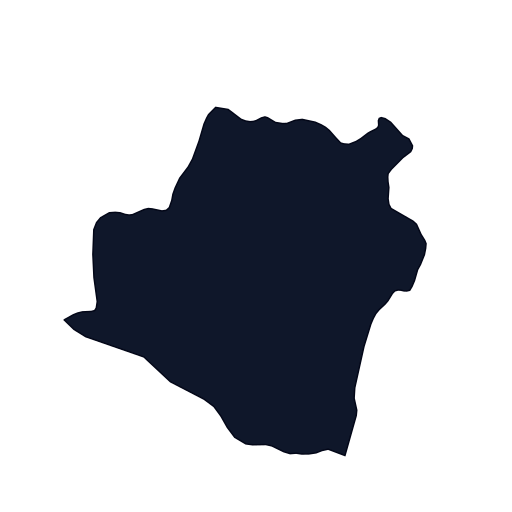 Teleorman, Albers equal-area conic projection, rotated 23°
{"feature_id": "ROU-127", "entity_name": "Teleorman", "entity_type": "County", "adm_level": 1, "iso_a3": "ROU", "parent_name": "Romania", "parent_adm1": "", "projection": "albers", "projection_center": [25.251, 44.09], "detail": "fine", "context": "isolated", "style": "filled", "palette": "ink", "viewbox_px": 512, "rotation_deg": 23, "n_neighbors": 0, "source": "natural_earth", "source_scale": "10m", "svg_char_len": 1832}
<svg xmlns="http://www.w3.org/2000/svg" viewBox="0 0 512 512"><g transform="rotate(23 256 256)"><path d="M415.8,404.9L397.9,405.6L392.7,409.3L388.2,413.7L382.0,417.5L375.4,420.4L370.0,421.8L364.6,424.6L358.0,425.3L344.9,424.6L343.0,424.9L338.7,425.7L326.6,431.1L320.0,432.9L307.3,431.2L296.6,425.0L286.6,417.3L285.7,416.7L276.1,411.0L264.1,408.1L226.4,405.2L192.2,392.7L130.8,396.8L117.2,394.7L104.5,389.8L104.8,389.2L110.8,381.5L114.1,378.2L118.0,375.3L126.1,371.4L128.8,369.3L129.3,366.3L127.7,360.0L115.3,339.2L105.2,318.2L96.4,295.1L96.2,287.5L98.0,281.5L104.1,273.5L109.4,270.8L114.1,269.3L119.2,268.9L123.2,267.9L126.2,266.2L134.9,256.9L138.3,254.4L142.1,253.2L151.8,251.3L155.6,249.0L157.3,245.3L156.8,237.8L155.4,231.6L155.0,224.9L155.4,214.1L158.8,200.5L159.7,191.6L158.7,172.5L156.6,154.8L156.7,148.3L157.1,144.3L160.8,135.0L173.1,132.0L188.8,136.0L193.7,135.8L198.1,134.7L201.1,133.1L203.3,131.3L207.0,126.8L209.9,124.5L212.7,124.2L221.7,125.5L228.8,123.7L232.7,121.9L239.1,115.7L245.2,112.2L258.2,109.7L264.7,109.8L269.7,110.4L274.4,111.8L283.6,116.2L289.7,118.9L293.0,118.5L297.9,116.9L303.5,111.4L306.7,106.9L311.0,99.3L312.8,96.9L316.6,92.5L317.9,90.2L317.9,87.8L315.8,83.6L315.7,81.2L317.2,79.7L321.2,79.1L327.7,80.3L343.8,87.9L351.0,88.5L357.0,93.4L357.8,96.0L357.6,99.5L352.7,108.1L346.7,123.2L345.4,128.5L346.4,131.8L348.5,136.1L351.5,141.0L355.2,151.7L358.2,156.6L361.7,159.5L387.0,162.6L391.3,164.1L399.4,171.6L405.2,175.7L407.7,178.2L409.2,182.8L410.5,189.0L410.7,199.5L410.1,205.4L411.5,216.8L411.5,223.0L410.9,227.5L408.4,229.3L405.8,230.3L402.5,230.9L400.0,231.8L397.4,233.9L396.2,237.1L394.9,245.7L393.6,249.8L390.3,257.2L388.8,262.2L388.3,267.6L388.3,273.7L390.7,296.9L398.4,338.7L401.9,348.6L409.0,358.6L410.6,363.7L415.8,404.7L415.8,404.9Z" fill="#0f172a" stroke="#020617" stroke-width="1.5"/></g></svg>